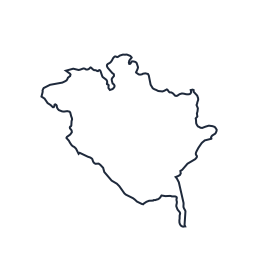 Évora, Mercator projection, rotated 25°
{"feature_id": "PRT-744", "entity_name": "Évora", "entity_type": "District", "adm_level": 1, "iso_a3": "PRT", "parent_name": "Portugal", "parent_adm1": "", "projection": "mercator", "projection_center": [-7.866, 38.601], "detail": "fine", "context": "isolated", "style": "outline", "palette": "slate", "viewbox_px": 256, "rotation_deg": 25, "n_neighbors": 0, "source": "natural_earth", "source_scale": "10m", "svg_char_len": 3804}
<svg xmlns="http://www.w3.org/2000/svg" viewBox="0 0 256 256"><g transform="rotate(25 128 128)"><path d="M208.1,102.5L202.7,106.9L202.5,107.5L201.5,109.6L201.1,110.7L200.2,116.1L200.0,119.6L200.0,121.2L200.2,122.4L200.8,123.4L201.6,123.9L202.4,124.4L202.7,125.6L202.1,127.8L197.0,135.2L194.8,143.0L193.6,144.8L195.0,146.9L194.9,148.7L193.7,150.4L191.9,152.3L193.6,153.1L197.0,155.7L209.9,172.3L210.4,173.2L211.2,175.2L211.7,176.2L212.6,177.1L214.7,178.6L215.3,179.3L220.2,191.9L221.4,193.0L220.8,193.3L220.1,193.9L218.9,194.3L217.1,194.1L215.6,193.1L214.6,192.0L213.5,189.8L213.2,188.6L211.8,185.5L211.6,184.4L211.3,183.3L210.6,182.5L207.4,181.0L204.9,178.6L204.4,177.5L204.2,176.4L203.9,175.2L203.4,174.1L202.7,173.3L202.3,172.6L202.0,172.0L201.9,171.3L201.8,170.8L201.4,170.2L200.6,170.0L199.6,170.1L196.5,171.5L195.7,171.5L194.7,171.8L190.8,173.9L186.9,175.0L186.7,176.0L186.6,177.1L186.1,178.6L185.2,180.0L184.0,180.9L183.5,181.6L181.6,182.6L181.4,183.2L177.9,185.0L175.9,187.1L174.3,189.7L174.0,190.7L172.7,191.0L167.2,190.9L164.5,190.0L162.2,189.5L154.2,189.3L152.4,188.8L144.7,184.4L141.5,183.2L135.4,182.6L125.1,177.9L122.3,174.6L118.8,173.2L117.7,172.9L116.4,172.7L113.6,174.2L112.6,174.1L111.5,173.8L110.3,172.9L108.8,171.3L108.2,171.0L106.4,170.7L103.7,171.0L94.7,170.9L94.2,172.3L89.6,168.7L87.4,167.9L86.3,167.9L85.1,167.7L84.0,167.3L81.5,165.8L79.8,164.5L77.2,163.4L76.4,163.0L76.4,161.9L78.4,158.3L78.9,155.6L78.2,154.4L77.4,153.7L75.6,152.9L75.0,152.0L75.0,151.2L75.5,150.7L75.6,149.8L73.9,145.5L73.8,144.5L73.7,144.1L73.7,143.9L73.1,142.9L71.5,141.3L69.1,138.4L68.1,137.9L65.8,138.4L63.0,140.2L61.3,140.8L57.8,141.0L56.3,140.4L55.2,139.6L54.5,138.8L54.1,138.0L53.2,137.4L52.1,137.3L51.6,137.9L51.8,138.7L52.0,139.7L51.9,140.5L51.1,140.9L48.2,139.9L44.6,139.4L39.9,136.6L36.3,136.1L35.6,132.3L35.3,131.1L34.7,130.1L34.6,128.6L34.7,127.4L39.1,121.8L49.3,114.6L51.2,112.3L52.2,110.8L52.4,108.9L52.3,107.8L53.6,105.4L53.3,103.8L52.5,103.3L47.5,102.3L53.3,97.4L58.7,96.3L59.9,95.4L62.4,92.9L63.7,92.5L65.1,92.7L66.0,92.4L66.7,92.0L67.3,91.4L67.8,90.6L68.1,89.7L68.4,89.0L69.1,88.9L71.3,89.7L72.8,89.9L74.3,89.3L75.4,89.3L76.1,89.4L76.8,89.1L77.0,88.3L77.6,87.6L78.3,87.6L79.2,88.2L82.5,91.7L83.5,92.5L87.4,93.3L88.6,93.8L89.4,94.6L89.9,95.5L90.0,96.4L90.4,97.1L91.1,97.2L91.7,97.0L92.4,97.4L93.0,99.3L93.5,100.1L95.5,101.2L97.6,99.2L98.3,97.0L98.1,95.6L97.3,94.8L96.3,94.3L95.3,94.2L93.4,92.0L92.6,90.7L92.6,89.5L93.3,86.8L92.7,85.6L92.2,85.1L90.7,84.9L84.4,82.1L83.5,81.5L82.6,80.6L82.3,79.4L82.7,78.4L83.4,77.5L84.1,76.5L84.6,75.2L84.9,73.5L85.0,71.0L85.4,69.6L86.0,68.6L86.6,68.4L88.2,68.3L88.9,67.7L90.0,65.8L92.4,63.6L94.4,62.8L95.3,62.2L96.2,61.9L99.6,61.7L101.5,62.5L101.5,63.3L101.1,64.3L100.7,66.4L101.2,68.5L102.0,69.4L102.7,69.1L103.1,68.2L103.1,67.2L103.3,66.4L103.4,66.1L103.5,65.9L105.0,65.3L106.8,65.0L108.0,65.3L108.6,65.7L108.7,65.8L111.4,68.7L111.7,70.1L111.8,72.3L111.7,74.1L112.1,74.4L115.1,74.9L116.2,74.6L117.1,74.1L118.0,73.4L118.7,72.4L120.7,71.1L123.3,70.6L124.7,71.7L130.2,79.2L133.6,81.5L134.9,81.7L136.2,81.7L137.3,81.6L139.8,81.7L143.8,80.3L145.0,79.1L146.9,76.6L147.9,76.8L149.8,77.9L150.7,78.1L152.0,77.5L153.1,77.5L154.3,77.7L157.0,78.8L158.0,78.6L158.6,78.3L159.2,77.7L159.8,76.6L160.6,75.4L162.3,73.9L164.1,73.3L166.6,72.8L168.4,72.0L169.6,71.2L170.1,70.2L170.1,69.1L169.7,68.3L168.8,67.1L170.4,65.9L171.1,65.9L171.4,65.9L171.5,65.9L172.1,67.4L177.0,69.4L178.9,71.3L179.7,72.8L180.0,75.6L180.3,76.5L180.4,78.2L183.0,80.6L184.0,83.7L184.3,85.7L186.0,88.3L185.3,90.7L186.2,91.9L187.8,94.9L188.9,95.9L190.7,97.0L192.9,97.0L193.4,97.2L195.2,96.6L197.7,94.0L200.3,91.7L203.9,90.6L206.1,90.4L207.6,91.1L209.1,92.1L209.5,93.2L209.6,95.3L209.4,96.3L207.6,99.1L207.3,99.9L207.2,101.4L208.1,102.4L208.1,102.5Z" fill="none" stroke="#1e293b" stroke-width="2"/></g></svg>